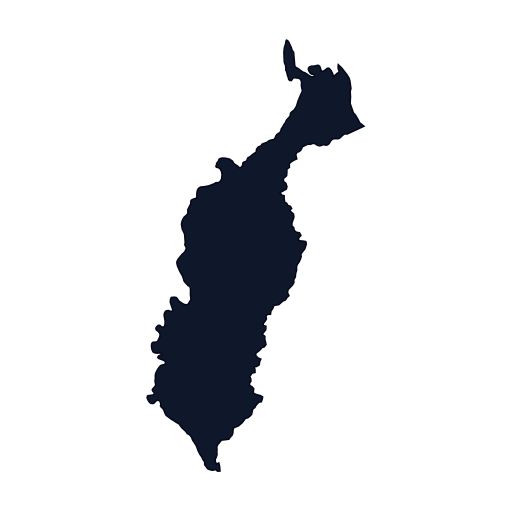 Itapiranga, Amazonas, Brazil (orthographic projection), rotated 275°
{"feature_id": "56859067B71937040210155", "entity_name": "Itapiranga", "entity_type": "district", "adm_level": 2, "iso_a3": "BRA", "parent_name": "Brazil", "parent_adm1": "Amazonas", "projection": "orthographic", "projection_center": [-58.495, -2.544], "detail": "fine", "context": "isolated", "style": "filled", "palette": "ink", "viewbox_px": 512, "rotation_deg": 275, "n_neighbors": 0, "source": "geoboundaries", "source_scale": "gbopen_adm2", "svg_char_len": 6115}
<svg xmlns="http://www.w3.org/2000/svg" viewBox="0 0 512 512"><g transform="rotate(275 256 256)"><path d="M107.2,269.0L110.7,271.6L111.2,274.0L113.9,274.7L116.2,274.9L117.3,272.7L118.2,267.7L119.3,265.2L123.7,265.3L125.5,263.3L126.5,260.9L128.9,260.7L130.9,261.9L133.4,261.4L135.4,260.2L139.0,262.3L139.9,265.2L143.1,264.8L145.5,263.8L146.0,266.3L147.8,268.7L151.5,268.9L153.7,269.8L154.8,266.6L157.3,264.1L159.6,264.7L161.4,266.9L163.2,268.5L165.1,269.8L166.3,272.3L168.8,273.7L173.9,272.0L176.7,271.9L178.6,269.0L183.4,272.2L186.9,272.0L187.4,269.2L190.0,269.4L192.0,270.9L194.3,271.9L196.9,271.1L198.9,272.6L199.2,275.5L202.6,275.7L205.0,277.2L208.3,278.1L209.5,282.9L213.5,286.7L214.6,289.0L217.4,290.5L219.3,292.3L222.1,290.6L225.3,290.9L230.4,295.0L233.1,296.1L235.5,295.6L238.5,297.0L242.0,297.0L245.3,297.7L248.8,297.3L251.2,297.9L253.9,299.5L256.8,300.5L259.3,301.1L261.9,300.5L267.4,304.0L272.3,305.1L274.7,304.4L275.0,301.7L274.9,299.1L275.7,296.6L278.1,297.2L280.3,299.0L283.0,297.3L283.1,294.4L284.8,291.8L287.2,291.3L289.4,289.0L292.4,289.0L298.1,290.4L301.1,289.7L302.7,287.5L304.7,285.5L306.3,287.4L308.5,286.0L309.0,283.5L311.2,282.0L312.3,279.8L315.7,279.1L318.6,278.8L318.9,276.4L321.2,274.4L325.3,280.4L327.8,280.8L331.1,279.4L332.6,277.0L335.5,276.5L338.6,279.5L342.4,279.5L345.2,279.2L347.2,281.6L350.8,281.1L352.6,282.6L354.7,285.4L356.3,288.2L360.2,286.8L362.8,287.7L363.9,290.1L365.6,291.6L368.8,292.7L372.0,298.0L372.0,300.5L373.1,302.6L373.0,305.2L371.7,307.2L371.2,309.9L372.7,313.3L372.5,316.8L374.2,319.0L377.2,320.4L379.3,322.2L379.8,324.9L380.0,327.9L381.3,329.7L383.6,331.6L385.4,333.7L385.4,336.1L394.7,352.3L397.7,347.7L401.0,345.7L405.3,342.6L407.0,340.6L416.2,336.5L422.7,336.3L428.3,335.5L431.1,336.0L438.5,334.3L441.3,333.2L444.8,330.6L450.7,325.1L453.8,321.3L452.4,321.2L449.9,321.5L447.2,322.7L445.8,322.4L445.5,321.5L444.8,320.6L443.4,319.6L442.7,318.5L441.3,318.1L442.4,317.2L444.7,316.3L447.1,314.8L449.2,312.7L449.5,311.6L449.2,310.6L446.4,307.6L445.9,306.7L445.8,305.2L447.0,304.5L449.1,303.7L450.5,302.9L451.4,301.7L451.3,300.4L450.4,298.0L449.9,294.5L449.0,292.7L448.0,292.0L446.8,291.8L445.3,292.3L443.1,293.9L442.5,294.6L442.0,295.5L441.7,297.9L440.5,298.6L439.7,298.1L439.4,296.7L439.5,295.2L440.2,293.4L442.7,289.1L443.2,287.0L444.0,285.5L446.4,281.6L447.5,279.1L448.2,278.4L449.2,278.0L462.4,275.7L463.9,274.1L466.8,273.0L472.5,269.6L473.4,268.6L473.7,267.5L472.5,267.1L470.2,267.0L465.9,266.1L461.5,266.0L452.0,267.2L450.3,267.8L448.3,268.9L445.1,269.4L443.8,269.4L442.6,270.3L438.3,271.7L437.2,272.4L434.6,273.2L433.8,274.5L433.8,275.9L436.5,277.5L436.9,278.4L436.9,282.5L436.6,283.8L436.0,284.7L434.8,285.6L433.3,286.2L429.9,286.3L427.4,286.9L425.2,287.7L423.6,287.6L419.8,286.2L414.1,284.4L409.2,283.4L407.5,282.7L404.7,281.2L402.4,278.7L401.2,277.9L398.9,277.9L396.6,276.6L395.0,275.2L393.7,274.4L391.0,273.4L389.1,272.2L386.4,271.1L385.3,270.3L384.0,269.9L382.7,269.9L381.2,269.1L378.9,266.2L377.1,265.2L374.9,264.6L373.8,264.0L372.5,259.9L371.8,258.7L370.2,257.0L368.4,253.0L367.9,252.3L366.0,251.2L364.9,248.8L362.5,247.2L359.7,247.2L356.5,243.4L354.5,241.5L353.1,239.3L351.7,238.8L350.4,238.6L349.6,238.1L348.6,236.0L348.0,235.0L346.6,234.8L345.6,234.9L343.2,233.7L342.3,232.0L344.0,229.9L345.8,226.4L346.6,225.6L348.5,224.3L350.3,221.1L350.8,216.9L350.7,214.0L350.0,211.9L349.3,210.8L346.9,210.1L345.1,208.7L344.0,208.8L341.8,208.2L340.9,208.9L340.9,210.0L340.5,211.3L339.9,212.3L339.0,213.2L337.0,214.3L334.1,215.1L329.8,215.0L327.3,213.9L326.3,212.9L325.7,211.6L325.7,210.5L325.4,209.4L324.4,208.2L321.8,203.0L320.3,197.6L320.0,195.2L319.4,194.0L318.6,193.1L317.4,192.3L316.0,191.8L313.5,191.6L309.8,191.9L308.5,191.7L307.2,188.5L306.1,186.8L305.1,186.3L302.5,186.5L296.5,184.1L295.1,184.1L293.0,184.4L291.7,184.0L290.5,183.1L289.1,181.6L288.0,180.7L284.3,179.3L282.2,179.0L280.8,179.0L276.3,180.2L272.3,182.6L271.2,183.0L263.3,184.3L260.9,184.1L259.3,185.2L257.6,185.9L256.1,185.5L253.6,184.5L251.3,182.3L248.4,180.3L245.8,178.6L243.9,177.8L242.7,177.7L241.5,177.9L238.9,178.8L233.9,181.6L229.5,184.6L227.0,185.7L225.0,186.4L223.8,187.4L220.6,190.9L220.2,191.9L219.5,192.9L217.3,193.6L211.4,194.1L207.0,195.0L202.0,192.5L201.4,191.4L201.4,189.6L201.8,187.9L203.8,184.1L204.9,182.7L206.8,181.2L207.7,180.1L207.9,178.1L207.3,175.2L205.9,174.7L203.7,174.5L202.0,174.8L194.7,178.0L193.8,177.3L193.3,175.7L194.1,173.8L193.7,171.8L193.0,170.6L192.1,170.2L190.4,169.6L188.6,169.7L183.0,171.2L180.2,171.3L178.1,171.0L177.3,170.2L177.0,169.1L177.4,167.6L178.3,166.7L178.6,165.4L178.1,164.3L176.1,162.7L174.9,162.6L173.5,163.2L172.7,164.8L170.7,166.8L169.2,167.3L167.4,167.2L165.7,166.7L162.3,165.3L161.8,164.5L161.3,163.2L161.3,161.5L160.7,160.4L159.4,159.7L157.2,159.7L154.1,160.4L152.5,161.2L151.5,161.8L151.0,162.7L150.6,164.1L150.6,166.0L151.0,168.6L151.0,169.8L150.1,170.3L149.3,169.9L147.9,167.6L146.5,166.9L145.5,167.9L144.0,173.2L143.4,174.3L142.5,174.9L141.5,175.1L140.3,174.7L139.6,173.6L139.4,172.4L138.8,170.9L138.0,170.1L135.3,168.3L132.1,166.9L130.0,166.2L127.9,166.1L125.7,166.4L122.7,166.3L121.2,166.6L120.0,167.1L119.0,167.3L117.1,166.7L114.9,164.9L113.7,164.3L112.5,164.9L111.2,166.2L110.4,166.7L109.3,166.5L108.6,165.6L107.6,161.3L107.2,160.2L105.8,159.8L104.5,160.2L102.9,161.1L101.2,162.4L100.5,163.3L100.1,164.2L100.0,165.3L100.1,166.3L100.5,167.2L102.6,168.8L103.6,170.0L103.7,171.4L103.4,172.3L102.7,173.1L101.4,173.7L99.5,174.1L98.2,173.9L96.8,175.2L96.0,176.6L93.9,177.9L91.7,178.9L89.4,180.4L86.0,185.9L85.0,188.1L83.2,191.3L82.1,193.9L78.5,197.0L75.1,201.4L73.1,203.0L72.1,205.4L70.0,207.5L67.1,208.9L62.0,212.9L59.9,214.0L57.7,214.9L53.4,217.5L51.0,219.6L48.5,220.9L46.6,222.7L43.6,223.1L39.8,226.4L38.9,229.3L38.8,231.6L39.7,234.3L38.3,236.4L38.6,238.9L43.7,238.0L46.6,237.0L45.4,234.8L47.6,233.3L50.0,233.2L52.2,233.9L54.8,234.5L57.2,234.1L60.0,234.0L62.7,233.6L64.9,234.4L69.6,237.7L70.0,240.1L71.1,244.9L73.4,246.2L75.2,247.7L77.6,248.4L80.5,248.3L82.9,248.7L85.2,253.3L88.7,256.8L93.3,259.6L94.1,261.9L95.7,263.7L97.7,265.4L103.2,266.1L104.9,268.0L107.2,269.0Z" fill="#0f172a" stroke="#020617" stroke-width="1.5"/></g></svg>